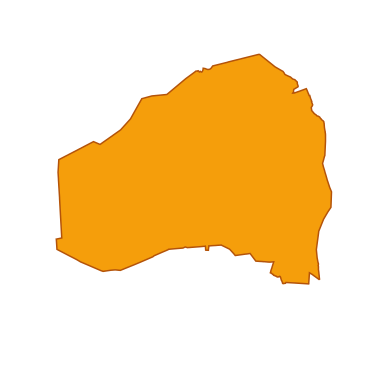 outline of Villa de Reyes, San Luis Potosí, Mexico, rotated 346°
{"feature_id": "50627088B7825328231561", "entity_name": "Villa de Reyes", "entity_type": "district", "adm_level": 2, "iso_a3": "MEX", "parent_name": "Mexico", "parent_adm1": "San Luis Potosí", "projection": "orthographic", "projection_center": [-100.911, 21.834], "detail": "fine", "context": "isolated", "style": "filled", "palette": "amber", "viewbox_px": 384, "rotation_deg": 346, "n_neighbors": 0, "source": "geoboundaries", "source_scale": "gbopen_adm2", "svg_char_len": 4849}
<svg xmlns="http://www.w3.org/2000/svg" viewBox="0 0 384 384"><g transform="rotate(346 192 192)"><path d="M294.5,308.1L294.7,307.0L294.9,305.4L295.2,303.7L295.3,302.9L295.3,302.6L295.5,301.4L295.6,300.7L295.7,299.9L295.8,299.0L295.9,298.0L296.0,297.5L296.6,295.2L296.7,293.6L296.8,293.5L297.0,293.2L297.2,292.6L297.3,292.3L297.3,292.1L297.3,291.4L297.2,291.2L297.5,286.1L298.7,278.0L304.8,262.6L305.5,260.7L313.1,250.2L319.1,244.1L323.1,240.5L327.4,225.6L326.7,220.9L326.3,215.3L326.1,212.9L326.1,212.3L326.1,212.0L326.0,208.7L325.8,205.1L325.8,204.8L325.8,203.1L325.7,201.3L325.6,199.7L325.6,199.4L325.6,199.1L325.6,197.9L325.6,195.8L327.4,192.7L328.7,190.3L329.1,189.6L329.7,188.8L333.8,175.1L335.4,168.7L335.5,167.8L335.6,167.6L335.6,166.7L335.6,166.4L335.8,166.1L335.8,164.7L335.9,164.2L335.9,163.6L336.1,161.4L336.8,157.3L336.8,157.2L336.8,156.9L336.8,156.0L336.8,155.9L336.9,155.7L336.6,155.0L336.5,154.8L336.3,154.5L336.1,154.3L335.8,154.0L335.3,153.1L335.2,153.0L335.1,152.8L335.1,152.7L335.0,152.3L334.7,152.1L334.6,151.9L334.3,151.1L334.1,150.5L334.0,150.2L333.8,150.0L333.1,149.2L332.8,149.0L331.6,148.3L331.3,147.7L331.0,147.1L329.7,145.7L329.6,145.4L329.2,145.0L329.2,144.5L329.0,144.1L328.7,143.8L328.6,143.6L328.4,142.8L328.0,142.4L327.8,141.7L328.0,141.1L328.1,139.0L328.3,138.8L328.5,138.5L329.4,137.7L329.8,137.1L330.2,136.7L329.8,133.4L330.1,133.3L330.0,131.9L329.7,130.2L329.6,126.9L329.1,126.9L329.0,126.6L328.9,125.9L328.8,125.3L328.8,124.6L328.7,124.5L328.6,123.9L328.5,123.1L328.4,122.3L328.3,121.6L328.2,120.8L327.9,119.4L320.6,120.2L315.1,120.7L313.7,120.4L314.0,120.1L314.8,119.4L315.0,118.5L315.2,117.9L315.6,117.0L317.4,116.5L318.0,116.3L318.9,116.0L319.6,115.8L320.2,115.6L320.4,115.5L320.5,115.2L320.6,114.7L320.5,113.7L320.4,112.2L320.6,111.6L320.7,110.9L320.6,110.5L319.4,108.7L319.0,107.9L317.0,106.7L315.4,104.3L312.8,102.3L310.8,100.6L310.5,100.2L310.3,99.1L309.5,97.1L309.3,96.8L308.8,96.4L302.9,90.7L290.9,74.9L290.6,74.8L290.2,74.7L289.8,74.6L289.5,74.6L286.7,74.6L285.5,74.6L281.9,74.6L280.6,74.6L267.4,74.6L266.6,74.6L258.5,74.6L258.4,74.6L257.9,74.7L254.6,74.7L252.0,74.7L251.2,74.7L247.2,74.7L242.6,74.7L240.2,76.7L238.8,77.2L237.1,77.0L236.1,76.5L234.6,75.4L232.8,74.6L232.1,76.4L230.9,77.8L230.0,77.9L229.2,76.9L228.1,77.3L227.9,76.9L227.6,76.2L227.3,75.8L226.9,75.8L226.4,76.1L225.9,75.8L225.5,75.7L224.7,75.7L224.1,76.1L213.4,80.5L191.2,91.3L176.3,89.1L165.9,89.3L150.0,106.2L137.7,114.5L114.3,123.6L108.6,119.3L71.0,128.3L70.9,128.3L70.6,128.4L66.8,140.5L65.6,146.9L65.4,147.8L62.1,165.6L61.9,166.4L54.5,205.1L51.7,205.0L48.9,204.9L48.9,205.1L48.0,210.1L47.1,215.0L57.6,224.3L61.3,227.5L64.2,230.1L65.8,231.7L67.1,233.0L67.7,233.4L72.2,236.8L84.8,246.4L86.4,247.4L86.5,247.5L94.5,248.3L98.7,249.0L103.5,250.7L118.3,248.6L124.9,247.6L138.3,245.4L139.8,244.7L140.9,244.5L148.6,243.2L153.1,242.5L154.9,242.2L155.1,242.1L155.3,241.9L162.3,243.0L169.7,244.2L172.1,243.7L173.8,244.7L174.1,244.9L174.9,245.0L175.9,245.2L177.8,245.5L180.1,245.9L187.7,247.2L188.5,247.3L190.4,247.6L190.8,247.7L191.9,247.8L191.9,248.1L191.7,249.0L191.2,251.7L192.0,252.0L193.2,252.3L193.8,252.5L194.3,251.0L194.8,249.8L195.3,248.7L195.3,248.4L198.9,249.0L201.0,249.4L201.4,249.5L204.5,250.0L205.0,250.1L207.0,250.5L207.5,250.5L207.8,250.7L207.9,250.9L210.3,252.9L210.8,253.3L214.1,256.1L214.8,256.8L217.5,261.8L218.4,263.7L218.6,264.1L226.1,264.9L229.0,265.2L229.5,265.3L231.1,265.5L233.5,265.7L237.2,274.5L239.9,275.4L240.0,275.4L241.4,275.9L241.5,275.9L242.9,276.3L243.0,276.4L243.4,276.5L243.6,276.6L243.8,276.6L244.1,276.7L244.3,276.8L244.5,276.9L244.7,277.0L244.9,277.0L245.0,277.0L247.6,277.9L248.4,278.2L248.7,278.3L250.7,278.9L254.4,279.5L253.8,280.5L253.2,281.5L252.5,282.6L252.1,283.3L251.9,283.6L251.1,285.0L250.7,285.6L250.3,286.2L249.6,287.3L249.2,288.2L248.5,289.2L248.5,289.3L248.5,289.5L249.0,289.6L249.3,289.9L249.4,290.1L249.6,290.2L249.9,290.7L250.1,291.1L250.3,291.4L250.7,291.5L250.8,291.6L250.9,292.1L251.0,292.4L251.1,292.6L251.4,292.8L251.7,292.9L251.9,292.9L252.2,293.4L252.6,293.6L252.8,293.7L253.0,294.0L253.5,294.2L253.7,294.4L253.7,294.6L253.9,294.7L254.0,294.9L254.2,295.0L254.4,295.1L254.5,295.2L254.9,295.2L255.1,295.2L255.3,295.3L255.5,295.2L255.8,295.2L255.9,295.3L256.1,295.3L256.3,295.1L256.5,295.0L256.8,295.1L257.0,295.3L257.2,295.5L257.2,295.9L257.2,296.2L257.3,296.4L257.3,297.1L257.4,299.5L257.7,300.2L257.7,300.4L257.7,300.5L257.7,301.1L258.0,301.8L257.8,302.2L257.8,302.5L258.0,302.8L258.3,303.0L258.6,303.0L258.8,303.0L259.0,303.0L259.4,303.0L259.6,303.1L259.8,303.1L260.0,303.1L260.4,303.2L260.6,303.2L261.2,302.5L270.8,305.5L283.0,309.4L283.2,309.1L283.2,308.8L283.2,308.7L284.3,305.4L286.4,298.8L286.5,298.9L288.1,300.5L288.6,300.9L288.8,301.2L289.9,302.6L290.1,302.8L292.2,305.3L294.1,307.6L294.5,308.0L294.5,308.1Z" fill="#f59e0b" stroke="#b45309" stroke-width="1.5"/></g></svg>